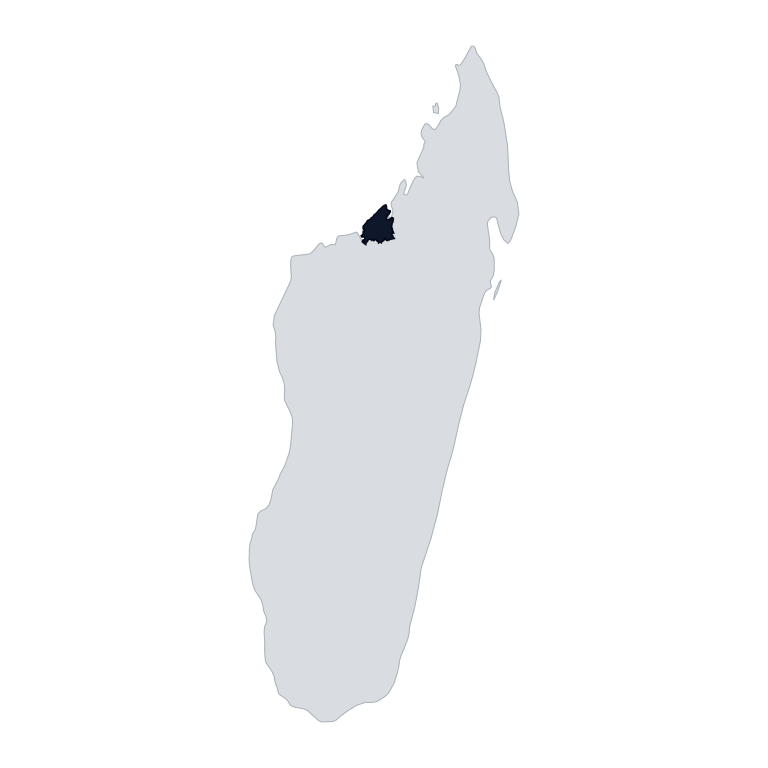 location of Mahajanga II, Boeny, Madagascar
{"feature_id": "10022922B51504984909978", "entity_name": "Mahajanga II", "entity_type": "district", "adm_level": 2, "iso_a3": "MDG", "parent_name": "Madagascar", "parent_adm1": "Boeny", "projection": "equal_earth", "projection_center": [46.72, -15.594], "detail": "fine", "context": "in_parent", "style": "filled", "palette": "ink", "viewbox_px": 768, "rotation_deg": 0, "n_neighbors": 0, "source": "geoboundaries", "source_scale": "gbopen_adm2", "svg_char_len": 8250}
<svg xmlns="http://www.w3.org/2000/svg" viewBox="0 0 768 768"><path d="M483.9,64.1L485.6,69.4L487.7,74.5L493.9,86.9L496.6,91.6L498.9,96.7L500.0,106.8L503.9,122.4L507.6,145.9L508.6,170.0L509.7,181.1L512.6,191.5L517.4,202.2L518.9,214.2L515.8,226.5L511.5,238.1L510.4,240.3L508.4,243.3L507.5,243.2L504.1,240.2L501.3,235.3L497.9,223.7L496.6,217.9L495.1,216.9L491.0,217.4L488.0,221.1L487.4,223.4L488.1,229.9L489.2,235.8L489.6,241.7L489.7,249.2L490.8,251.4L492.4,253.4L494.1,258.2L494.3,269.9L493.2,275.8L490.3,280.8L490.5,283.6L491.5,286.5L490.5,288.2L486.6,290.4L485.0,292.3L482.9,297.5L479.5,307.9L479.0,313.3L481.0,329.6L480.4,341.1L475.9,363.1L473.4,373.5L469.9,386.0L464.4,402.4L459.0,423.0L454.4,444.1L451.1,456.8L447.3,469.3L442.0,491.4L437.6,513.7L431.0,538.3L422.0,565.6L421.0,569.1L419.1,583.1L417.1,595.1L414.7,607.1L409.6,626.8L409.1,632.9L407.9,638.7L403.1,651.0L401.1,655.6L399.6,660.5L398.8,666.7L397.4,672.6L393.9,683.6L388.6,693.0L385.1,696.4L377.4,701.3L373.5,702.3L364.9,702.5L356.6,705.3L347.9,710.7L339.6,716.9L336.4,719.9L332.8,721.6L321.8,721.9L318.5,720.6L307.4,710.4L303.1,708.7L295.0,707.3L292.5,706.4L290.3,705.1L287.0,699.7L280.4,695.2L278.8,693.8L277.8,690.7L277.1,687.3L275.4,683.5L274.1,676.4L271.9,671.3L265.9,662.5L265.2,659.7L264.6,650.2L264.8,643.9L264.1,632.2L264.7,626.7L266.8,621.7L265.9,616.3L263.6,610.7L262.7,604.9L261.0,599.5L254.6,589.9L253.1,585.2L252.0,580.3L249.5,565.1L249.1,559.7L249.4,548.5L250.2,542.7L251.7,538.7L252.1,535.6L253.1,533.0L254.6,531.0L255.6,528.5L257.8,514.1L260.8,510.9L265.3,509.0L268.8,505.3L270.8,500.2L272.8,489.7L278.4,479.2L280.4,473.7L284.9,465.4L288.9,453.7L290.1,448.2L290.9,442.6L291.9,430.2L292.6,424.0L292.4,417.9L290.1,411.6L284.5,400.2L284.3,398.0L284.7,389.5L284.2,383.4L282.2,377.3L279.5,371.5L276.9,360.7L275.5,342.8L275.8,336.3L275.0,330.6L273.1,325.1L274.4,315.6L290.8,280.8L291.3,276.7L290.6,266.1L290.9,259.9L291.5,257.6L292.7,256.3L295.6,255.6L309.0,254.1L310.7,253.1L314.1,250.1L318.7,244.4L320.8,242.8L322.6,243.4L323.8,245.8L325.3,247.2L330.7,244.6L332.8,244.5L334.9,244.9L335.9,242.6L336.5,239.4L337.3,237.2L338.7,235.9L345.7,235.2L350.2,234.3L355.9,232.1L357.2,232.5L361.8,240.5L363.2,241.2L365.1,241.5L366.6,240.0L362.9,235.9L362.3,233.5L362.5,230.8L364.5,225.1L367.9,220.7L375.4,214.0L383.2,206.3L385.5,205.8L387.4,207.0L388.9,216.1L388.7,217.6L389.9,217.8L391.4,216.7L392.7,213.0L392.8,209.9L391.7,207.0L391.2,204.5L391.2,202.3L395.1,196.9L398.2,191.8L399.7,185.6L401.0,182.8L404.2,179.6L405.2,180.1L406.0,182.7L406.4,185.5L405.6,188.2L404.3,190.9L403.9,194.4L405.7,195.1L407.5,194.3L410.0,187.8L413.0,181.6L414.7,178.4L416.9,176.2L420.5,176.7L424.1,178.1L418.3,171.6L416.9,162.7L423.8,147.3L423.8,144.1L424.8,143.1L425.3,141.9L421.8,136.7L421.1,134.1L421.6,130.2L423.3,126.7L424.8,124.3L427.0,123.4L428.8,124.7L432.6,129.0L435.2,129.6L438.3,125.5L440.8,120.4L444.7,116.9L449.0,114.7L455.7,106.6L460.0,89.7L460.4,84.8L459.5,78.8L458.0,73.1L455.4,66.0L456.1,64.5L459.7,65.4L460.9,64.4L464.9,58.1L471.4,46.1L473.6,46.1L475.4,48.3L476.1,51.6L477.4,54.1L481.7,59.8L483.9,64.1ZM438.5,111.5L438.5,113.4L433.6,112.6L432.8,106.2L435.2,106.1L435.8,103.4L437.2,103.1L438.8,108.8L438.5,111.5ZM497.8,290.9L493.6,300.2L494.8,292.4L499.8,281.3L501.2,280.4L497.8,290.9Z" fill="#d9dde1" stroke="#a8b0b8" stroke-width="1"/><path d="M363.7,231.4L363.8,231.6L363.9,231.8L363.7,232.1L363.3,232.2L363.3,232.3L363.5,232.8L363.4,233.0L363.3,233.5L363.2,233.7L363.2,233.8L362.7,234.3L362.6,234.5L362.4,234.9L362.1,235.3L361.8,235.4L361.5,235.5L361.4,235.6L361.2,235.6L361.2,236.1L361.4,236.5L361.7,237.0L361.9,237.1L362.1,237.0L362.4,237.0L362.7,236.8L363.1,236.7L363.3,236.8L363.9,236.9L364.2,237.1L364.4,237.3L364.6,237.6L364.8,237.6L364.8,237.8L364.9,238.1L364.9,238.5L364.8,239.0L364.7,239.4L364.6,239.7L364.4,240.0L364.2,240.1L363.9,239.9L363.7,239.8L363.2,240.0L363.4,240.3L363.5,240.6L363.3,241.2L363.1,241.5L362.7,241.5L362.4,241.2L362.3,241.4L362.5,241.7L362.5,241.8L362.4,242.0L362.8,242.3L364.1,243.3L364.4,243.7L365.8,244.6L366.1,242.8L366.3,242.1L366.5,242.0L366.7,241.9L367.4,241.7L367.6,241.2L367.7,240.9L367.8,240.5L368.0,240.2L368.4,239.8L370.0,238.7L370.3,239.0L370.5,239.4L370.7,239.5L371.0,239.6L371.2,239.8L371.3,239.9L371.4,240.2L371.6,240.0L371.8,239.8L372.2,239.6L372.5,239.5L373.0,240.2L373.1,240.4L373.4,240.3L373.8,240.2L374.0,240.2L374.1,240.5L374.3,240.3L374.5,240.1L374.4,239.8L374.6,239.6L375.1,239.4L375.3,239.4L375.5,239.5L375.7,239.3L376.0,239.4L376.1,239.6L376.1,239.9L376.3,240.0L376.5,240.4L377.0,241.0L377.7,241.3L378.0,241.4L378.3,241.7L378.4,242.2L378.4,242.7L378.4,242.9L378.5,243.0L378.7,242.6L378.8,242.5L379.1,242.3L379.3,242.5L379.5,242.3L379.8,242.1L380.0,242.1L380.5,241.9L380.8,242.0L380.8,242.3L381.1,242.4L381.2,242.7L381.3,242.9L381.4,243.0L381.5,242.9L381.5,242.6L381.6,241.8L381.8,241.6L382.0,241.4L382.5,241.3L382.7,241.2L382.8,241.2L383.3,240.7L383.6,240.5L383.8,240.5L383.8,240.3L383.9,240.1L383.9,239.9L384.0,239.8L384.0,239.7L384.3,239.4L384.3,239.2L384.5,239.2L384.7,238.9L384.8,238.7L384.8,238.4L385.0,238.2L385.1,238.3L385.3,238.6L385.3,238.9L385.5,239.0L385.8,239.3L385.8,239.5L386.1,240.0L386.3,240.2L386.6,240.4L387.7,240.6L387.8,240.6L388.0,240.4L388.5,239.9L389.2,239.9L389.6,239.8L390.1,239.4L390.5,239.2L391.2,239.1L391.4,239.1L391.7,239.0L392.5,238.9L392.9,238.8L393.2,238.6L394.2,238.6L394.4,238.6L394.5,238.5L394.4,238.4L394.2,238.1L393.8,238.0L393.7,237.9L393.2,237.5L393.2,237.4L393.1,236.9L392.9,236.5L392.9,236.1L392.9,235.9L392.8,235.7L392.7,235.7L392.2,235.1L391.8,234.9L391.8,234.5L391.7,234.1L391.8,233.9L392.1,233.6L392.2,233.4L392.5,233.2L393.2,233.2L393.3,233.0L393.3,232.8L393.6,232.9L393.5,232.6L393.4,232.5L393.4,232.3L393.3,232.0L393.2,231.8L393.1,231.4L392.8,231.4L392.7,231.2L392.7,230.8L392.4,230.2L392.3,229.8L392.1,229.6L392.0,229.4L392.4,229.2L392.5,229.1L392.5,228.9L392.4,228.8L392.2,228.6L392.1,228.0L392.0,227.8L391.8,227.7L391.5,227.6L391.3,227.5L391.2,227.3L391.2,227.0L391.3,226.9L391.6,226.8L391.6,226.7L391.5,226.2L391.8,226.0L391.9,225.8L391.9,225.4L391.9,225.1L392.0,224.2L392.2,223.1L392.4,222.8L392.6,222.6L392.8,222.3L392.8,222.0L392.9,221.8L393.0,221.7L393.0,220.5L393.0,220.3L393.2,220.0L393.3,219.5L393.4,219.0L393.3,218.8L392.9,217.8L392.7,217.7L392.4,217.6L392.1,217.6L391.8,217.6L391.6,217.6L391.5,217.8L391.5,218.1L391.2,218.2L391.1,218.7L390.9,219.0L390.6,219.0L390.3,218.8L390.0,219.1L389.9,219.0L389.7,219.4L389.4,219.3L389.2,219.3L389.1,219.5L388.8,219.7L388.6,219.8L388.4,219.7L388.3,219.8L388.1,219.9L387.9,219.9L387.7,219.9L387.3,219.6L387.1,219.6L386.9,219.9L386.7,219.7L386.4,219.3L386.4,219.2L386.4,218.9L386.6,218.0L386.8,217.3L386.9,217.1L387.1,216.3L387.3,216.1L387.4,215.8L387.6,215.4L387.4,215.4L387.5,215.3L387.4,215.2L387.7,215.1L387.9,215.1L388.1,214.8L388.8,214.4L388.9,214.1L389.0,214.0L389.0,213.9L389.1,213.7L389.3,213.4L389.8,212.8L390.0,212.5L390.1,212.3L390.2,212.2L390.3,211.9L390.3,211.7L390.2,211.8L389.8,211.8L389.8,211.7L389.7,211.8L389.5,211.7L389.6,211.3L389.4,210.7L388.5,210.4L388.0,210.4L387.9,210.3L387.6,210.1L387.5,209.8L386.9,209.7L386.5,209.3L386.5,209.2L386.3,209.0L386.3,208.8L386.2,208.8L386.3,208.7L386.4,208.4L386.2,207.9L386.1,207.3L386.1,206.8L386.1,206.6L386.2,206.4L386.4,206.3L386.3,206.0L386.2,205.7L386.1,205.2L386.0,204.9L385.9,204.9L385.4,204.9L384.8,205.2L384.3,205.4L383.4,206.0L383.2,206.1L382.8,206.3L381.5,207.8L380.9,208.3L380.6,208.5L380.3,209.0L379.9,209.3L379.5,209.5L379.2,209.8L378.4,210.6L378.2,211.1L377.7,211.7L377.5,212.0L377.2,212.3L376.2,213.1L376.1,213.4L375.7,213.7L375.1,214.1L375.0,214.3L374.7,214.5L374.3,214.8L374.2,215.0L373.8,215.3L373.7,215.7L373.5,216.1L373.1,216.5L372.9,216.8L372.1,217.6L371.9,217.7L371.7,217.7L371.5,217.8L371.4,217.8L370.7,218.8L369.7,219.7L369.4,219.7L368.6,220.2L367.7,220.4L367.6,220.5L367.3,220.8L367.2,220.9L366.8,221.8L366.3,222.8L365.8,223.2L364.2,225.1L363.8,225.6L363.2,226.3L363.1,226.6L363.1,226.8L363.2,227.0L363.3,227.1L363.2,227.3L363.2,227.5L363.1,227.9L363.0,228.1L363.2,228.3L363.6,228.8L363.6,229.0L363.6,229.3L363.8,229.3L363.9,229.5L364.0,229.5L364.2,229.9L364.2,230.2L364.3,230.3L364.4,230.2L364.4,230.4L364.7,230.5L364.7,230.8L364.8,231.0L364.7,231.3L364.0,231.3L363.9,231.3L363.7,231.4Z" fill="#0f172a" stroke="#020617" stroke-width="1.5"/></svg>